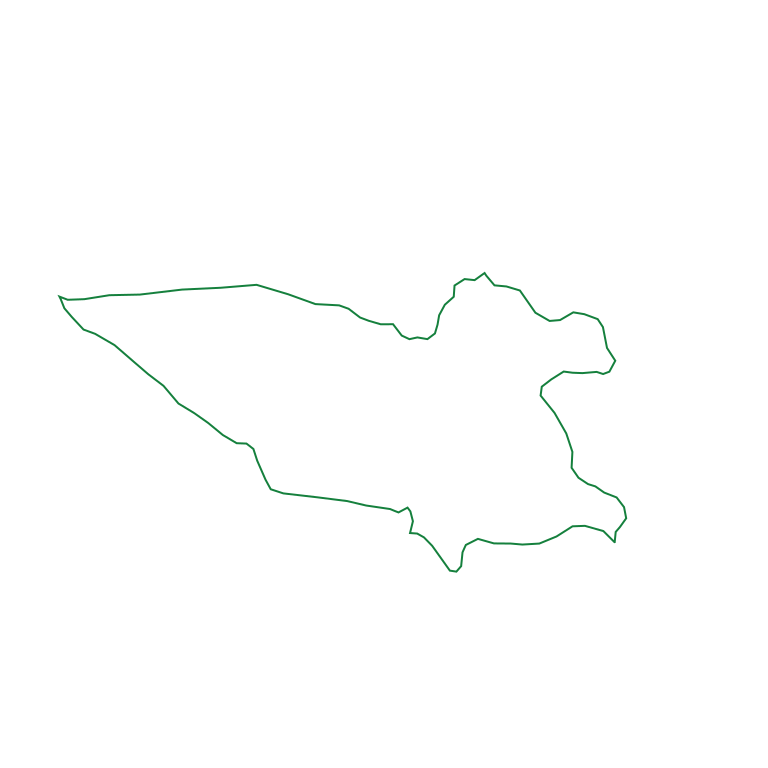 the district of Hudiksvall, Gävleborg, Sweden, rotated 323°
{"feature_id": "70781695B16992576360669", "entity_name": "Hudiksvall", "entity_type": "district", "adm_level": 2, "iso_a3": "SWE", "parent_name": "Sweden", "parent_adm1": "Gävleborg", "projection": "albers", "projection_center": [16.842, 61.831], "detail": "fine", "context": "isolated", "style": "outline", "palette": "green", "viewbox_px": 768, "rotation_deg": 323, "n_neighbors": 0, "source": "geoboundaries", "source_scale": "gbopen_adm2", "svg_char_len": 1558}
<svg xmlns="http://www.w3.org/2000/svg" viewBox="0 0 768 768"><g transform="rotate(323 384 384)"><path d="M177.4,118.9L176.9,121.6L174.3,131.2L175.0,142.5L176.8,159.7L183.5,170.1L192.2,190.8L197.9,217.3L201.6,234.3L206.8,252.8L208.1,275.9L214.9,293.0L220.1,309.2L224.6,327.8L230.7,342.6L238.3,348.8L240.6,357.3L236.6,368.9L231.8,389.1L230.2,399.9L237.8,410.8L262.5,434.3L284.2,455.4L296.6,470.3L313.6,487.5L316.2,491.9L318.3,495.3L328.4,496.9L328.4,501.6L324.5,511.0L315.1,518.7L320.5,523.4L323.6,530.5L325.1,542.2L324.3,572.7L328.9,577.4L336.0,575.9L345.4,565.7L349.7,563.3L352.5,561.8L365.8,564.2L375.9,577.5L389.2,587.7L397.9,595.5L412.0,604.9L430.0,609.6L448.9,611.1L459.1,618.2L470.7,633.5L472.9,649.0L473.1,649.1L480.0,641.6L486.4,640.2L496.6,637.0L501.6,626.8L501.5,614.6L494.5,603.2L491.2,593.0L486.7,586.7L482.9,575.9L483.4,563.8L493.6,551.6L499.8,533.2L502.8,509.7L502.1,487.5L508.4,481.1L520.4,481.0L535.0,482.2L541.4,488.5L549.0,494.7L561.1,502.3L565.0,507.9L571.4,509.8L582.7,504.6L583.8,489.4L593.1,470.3L593.7,460.8L586.0,448.8L578.3,440.7L563.1,438.9L554.2,433.3L547.8,418.2L548.8,391.1L540.5,379.8L531.6,371.7L530.9,359.1L531.1,355.9L518.9,355.6L511.5,348.7L499.6,347.8L492.2,356.3L480.3,357.3L469.4,362.3L462.5,368.8L455.1,374.3L445.7,374.3L438.7,366.9L431.3,363.5L427.3,356.0L427.2,341.7L417.3,334.3L409.9,324.4L404.9,316.5L401.0,302.6L395.5,294.2L377.3,278.9L361.5,254.7L341.9,228.1L311.4,208.8L279.6,187.1L242.9,165.7L218.1,147.8L195.7,135.9L182.1,126.4L177.4,118.9L177.4,118.9Z" fill="none" stroke="#15803d" stroke-width="2"/></g></svg>